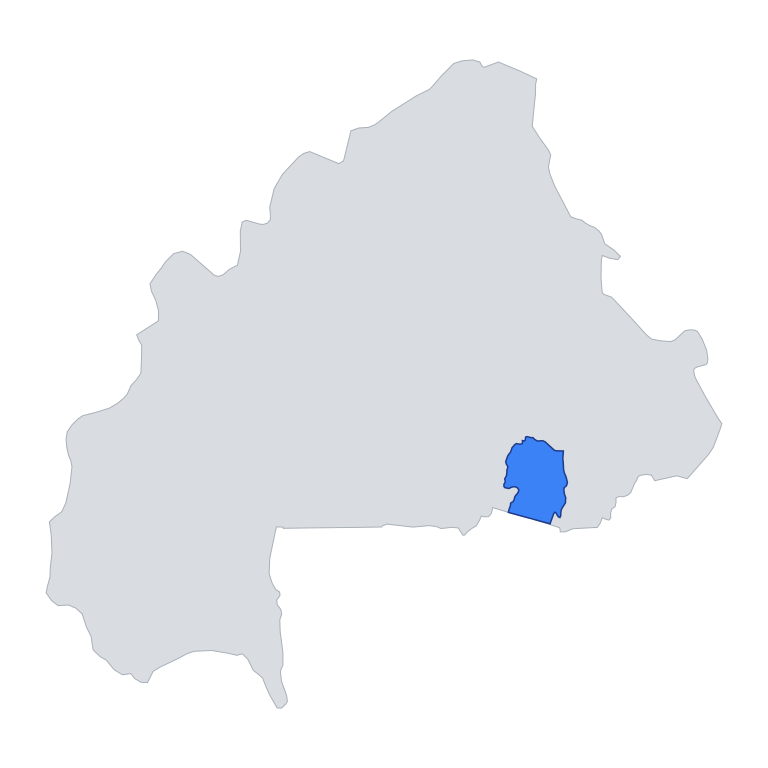 Koulpélogo highlighted on a map of Burkina Faso
{"feature_id": "BFA-2827", "entity_name": "Koulpélogo", "entity_type": "Province", "adm_level": 1, "iso_a3": "BFA", "parent_name": "Burkina Faso", "parent_adm1": "", "projection": "equal_earth", "projection_center": [0.155, 11.405], "detail": "fine", "context": "in_parent", "style": "filled", "palette": "blue", "viewbox_px": 768, "rotation_deg": 0, "n_neighbors": 0, "source": "natural_earth", "source_scale": "10m", "svg_char_len": 4302}
<svg xmlns="http://www.w3.org/2000/svg" viewBox="0 0 768 768"><path d="M595.1,527.5L573.1,528.7L565.1,531.9L560.3,531.9L560.1,529.3L559.5,527.7L531.8,518.7L512.3,513.5L492.6,507.6L491.5,513.1L488.7,516.6L484.4,516.9L481.4,516.0L479.5,520.3L476.2,525.9L471.6,528.6L467.1,532.1L464.6,535.1L462.8,535.2L458.3,528.0L452.3,527.3L441.1,528.5L436.1,526.5L429.2,525.6L412.9,527.1L387.0,524.1L382.7,525.7L381.6,527.0L355.9,527.4L327.6,527.7L303.9,528.0L283.2,528.3L283.2,527.1L276.5,526.9L275.8,529.3L269.8,558.0L269.1,573.6L272.2,583.3L275.7,589.5L279.6,592.0L280.0,595.5L276.8,600.0L277.1,604.6L280.8,609.4L281.7,614.4L279.8,619.6L280.2,632.2L282.9,652.2L282.9,665.1L280.3,671.1L281.5,681.2L286.6,695.5L287.4,701.5L285.6,704.3L281.4,708.1L277.1,707.9L272.1,699.3L269.9,695.4L265.9,686.6L262.5,677.8L257.8,673.9L253.3,670.3L247.8,659.2L242.4,653.8L236.8,655.3L228.5,653.3L211.9,650.5L193.9,651.3L186.5,653.9L179.1,658.0L160.5,666.9L153.1,671.4L147.5,682.6L141.1,682.3L134.8,678.7L130.9,673.6L122.4,674.8L114.2,669.8L106.3,660.1L100.5,656.9L93.1,649.8L91.1,636.4L86.4,627.0L82.2,614.0L75.8,608.1L68.3,605.0L58.1,605.6L51.4,600.4L46.1,592.8L47.5,586.1L50.0,576.8L50.3,567.7L52.0,553.0L51.2,534.7L49.4,521.9L55.1,516.5L61.7,511.8L65.8,503.1L70.1,483.6L72.0,466.7L70.8,460.5L68.6,455.5L66.9,448.3L66.0,439.4L67.3,431.7L72.3,424.5L78.5,418.5L82.9,415.6L94.6,412.7L109.2,408.2L117.7,403.2L123.8,398.1L127.3,394.1L130.8,385.9L136.5,379.6L140.9,373.2L141.6,355.4L141.7,345.2L138.5,339.6L136.7,334.8L158.4,320.9L158.6,311.1L155.7,300.1L151.5,291.3L150.0,283.7L156.0,274.7L161.3,268.0L165.2,262.2L173.8,253.5L182.6,251.3L190.6,254.5L214.1,275.1L218.2,276.4L223.1,274.8L229.3,269.4L237.4,265.2L240.5,251.4L240.3,231.2L242.2,222.0L246.4,220.3L260.0,224.2L263.5,224.4L267.5,223.1L270.4,219.6L270.3,213.1L269.7,207.3L274.2,188.6L282.3,174.5L298.7,156.9L303.8,153.4L309.7,151.6L338.9,163.7L343.6,160.7L350.9,130.8L358.8,128.0L368.3,127.4L374.5,124.9L377.7,122.8L391.6,111.5L416.1,96.0L429.3,89.4L431.9,86.9L441.3,76.0L453.9,63.4L461.8,60.9L472.8,59.9L479.8,62.0L481.7,65.6L483.9,67.4L498.3,62.0L518.9,70.6L536.7,78.9L535.6,84.2L535.5,93.6L534.0,108.4L532.2,126.2L539.5,137.7L548.4,150.0L550.7,154.9L548.4,167.0L550.0,174.2L554.7,186.1L562.6,201.2L570.8,216.8L576.4,218.9L581.8,220.1L585.1,222.9L589.8,225.6L594.6,227.4L598.7,230.8L601.4,234.1L604.8,243.8L614.0,250.1L620.4,256.4L617.8,259.6L609.8,258.3L602.3,255.5L601.3,260.2L601.0,277.8L602.2,292.5L604.0,294.5L611.6,297.2L629.6,316.3L646.0,334.4L651.5,339.1L660.5,340.8L670.6,341.6L675.0,339.9L684.8,330.8L690.0,329.8L694.8,330.1L697.4,331.5L702.1,338.9L706.6,350.2L707.9,358.5L707.4,362.9L706.0,364.6L697.9,366.7L694.4,368.4L693.6,370.9L694.8,376.4L696.4,380.0L705.2,396.3L718.0,418.1L721.9,423.7L719.7,430.3L713.3,447.3L708.5,454.5L687.2,478.7L676.7,475.8L654.7,480.7L651.4,475.1L646.3,474.4L639.9,475.4L637.6,477.5L636.9,479.9L634.7,483.2L630.6,492.8L627.5,495.3L623.6,496.7L618.8,496.6L616.0,497.8L616.0,502.6L615.1,506.7L611.9,508.8L610.5,513.4L610.8,518.0L608.9,520.1L604.8,518.9L602.3,517.7L600.0,523.6L597.1,527.6L595.1,527.5Z" fill="#d9dde1" stroke="#a8b0b8" stroke-width="1"/><path d="M550.2,523.8L542.7,521.8L523.3,516.5L512.8,513.6L508.4,512.4L508.5,511.5L509.4,508.4L510.5,505.3L510.5,503.6L511.3,502.5L512.7,502.0L513.7,500.6L514.3,498.8L514.7,497.1L515.6,495.5L516.8,494.2L517.7,493.0L518.6,491.3L518.7,489.7L517.4,487.8L515.1,486.7L512.7,486.9L511.0,487.4L509.6,488.2L508.2,488.5L506.5,487.9L505.1,487.8L504.0,486.7L503.9,484.2L505.0,482.6L505.2,480.8L504.7,479.0L505.5,477.4L506.5,475.7L506.9,471.8L506.9,470.0L507.5,468.4L507.9,466.7L506.4,464.2L505.7,461.7L507.7,456.0L508.9,454.1L510.5,452.2L512.1,447.7L514.9,444.5L516.4,443.6L519.8,444.2L521.2,444.1L522.3,443.5L522.5,441.7L522.4,440.6L523.2,440.8L524.5,440.9L525.2,440.1L525.6,437.1L526.9,436.6L531.5,437.7L533.0,437.6L534.5,439.3L537.3,441.0L542.6,440.7L545.1,441.8L554.5,450.4L556.4,450.8L563.4,451.0L562.8,458.8L563.2,461.8L563.6,469.7L564.2,472.5L566.0,476.8L566.9,480.2L567.4,482.6L566.5,485.7L564.3,487.6L563.8,489.8L564.6,494.8L565.4,496.5L565.8,498.6L565.4,500.4L565.5,501.6L565.5,502.8L562.3,507.7L561.3,509.8L560.8,512.7L560.7,515.9L559.9,517.5L558.4,516.9L557.0,514.8L556.0,512.9L554.9,512.2L553.7,513.7L550.4,522.8L550.2,523.8Z" fill="#3b82f6" stroke="#1e3a8a" stroke-width="1.5"/></svg>